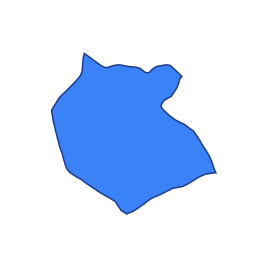 Sibah, Abyan, Yemen, rotated 146°
{"feature_id": "15242507B86075085818798", "entity_name": "Sibah", "entity_type": "district", "adm_level": 2, "iso_a3": "YEM", "parent_name": "Yemen", "parent_adm1": "Abyan", "projection": "natural_earth1", "projection_center": [45.411, 13.815], "detail": "fine", "context": "isolated", "style": "filled", "palette": "blue", "viewbox_px": 256, "rotation_deg": 146, "n_neighbors": 0, "source": "geoboundaries", "source_scale": "gbopen_adm2", "svg_char_len": 2510}
<svg xmlns="http://www.w3.org/2000/svg" viewBox="0 0 256 256"><g transform="rotate(146 128 128)"><path d="M115.5,49.0L112.0,48.4L110.3,48.4L109.7,48.1L96.9,47.7L89.8,46.5L85.8,44.7L83.3,43.4L80.7,42.1L80.2,41.7L79.9,43.3L79.6,45.2L77.3,53.5L76.2,59.4L76.1,61.5L75.9,65.5L75.9,71.4L75.4,77.5L75.4,78.8L75.3,83.5L75.5,89.2L77.1,93.1L78.8,98.5L81.3,103.0L84.3,108.4L86.9,115.8L88.6,123.9L88.6,127.5L86.6,129.1L83.1,130.5L78.9,130.5L74.7,130.0L70.9,131.5L69.3,132.1L66.0,133.5L61.7,136.2L57.7,139.6L54.5,140.6L54.9,142.6L55.3,144.6L55.8,146.7L56.2,148.7L56.7,150.8L57.1,152.7L57.6,154.8L58.3,156.6L59.6,157.9L61.0,159.0L62.6,159.7L64.6,160.7L66.4,161.4L68.0,162.2L69.9,162.9L70.3,163.0L71.7,163.2L73.6,163.2L74.5,163.1L76.3,162.8L78.5,162.3L80.4,162.5L80.5,162.5L81.5,163.2L83.0,165.4L84.0,168.6L84.6,170.8L86.1,172.3L87.2,173.8L94.0,179.4L96.0,181.5L99.5,185.0L103.3,187.2L108.2,188.8L111.5,189.8L113.5,191.3L115.3,194.5L118.4,203.0L119.1,204.9L122.5,214.3L123.2,213.7L124.6,212.3L126.1,210.9L127.7,209.0L128.9,207.5L130.0,206.0L131.2,204.5L132.8,202.5L134.2,200.9L135.7,199.7L137.1,198.7L138.9,197.8L140.6,197.2L142.5,196.7L144.3,196.3L146.1,195.7L147.8,195.4L149.7,195.0L151.7,194.6L153.5,194.3L155.6,193.9L157.4,193.5L159.1,193.2L161.2,192.9L162.9,192.6L165.0,192.2L166.8,191.8L168.0,191.5L168.9,191.2L181.4,185.5L182.4,183.7L183.2,181.8L184.0,179.9L185.0,178.0L185.8,176.1L186.7,173.9L187.3,172.1L188.2,169.9L188.9,167.9L189.6,166.1L190.5,163.6L191.3,161.3L192.1,159.3L192.7,157.2L193.5,154.9L194.3,153.0L194.9,151.2L195.5,149.1L196.1,146.9L196.6,144.5L197.2,142.6L198.0,140.5L199.1,137.3L199.7,135.3L200.3,133.5L200.9,131.5L201.3,129.4L201.5,127.3L201.3,125.3L201.0,123.3L200.1,121.3L199.4,119.4L198.6,117.6L197.7,115.8L196.8,113.9L195.9,112.1L195.1,110.3L194.5,108.2L193.8,106.2L193.1,104.2L192.3,102.5L192.1,101.9L191.6,100.7L190.7,98.5L189.8,96.3L189.0,94.5L189.0,94.4L188.3,92.4L187.4,90.3L187.3,90.0L186.6,88.6L185.7,86.8L184.7,84.7L183.5,82.4L182.3,80.1L181.6,78.4L180.6,76.3L179.7,74.3L179.7,72.2L179.8,70.1L179.8,68.0L179.8,65.6L179.8,65.2L179.9,63.5L178.1,59.6L177.3,58.1L177.2,57.4L176.3,57.4L174.3,56.9L172.6,56.5L170.6,56.1L168.5,56.0L166.6,56.0L164.8,56.0L162.9,56.0L161.0,56.1L159.0,56.1L157.1,56.0L155.4,56.3L153.0,56.5L150.7,56.5L148.6,56.5L146.6,56.3L144.5,56.1L142.4,55.5L140.5,55.1L140.4,55.1L138.3,54.7L136.5,54.5L135.1,54.3L134.6,54.3L132.7,54.0L130.8,53.9L128.7,53.4L126.8,53.2L125.6,53.1L125.0,53.1L115.5,49.0L115.5,49.0Z" fill="#3b82f6" stroke="#1e3a8a" stroke-width="1.5"/></g></svg>